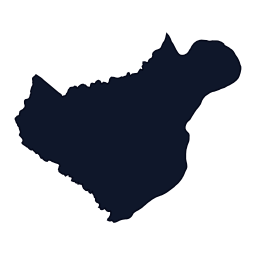 Filadélfia, Tocantins, Brazil
{"feature_id": "56859067B89236787477182", "entity_name": "Filadélfia", "entity_type": "district", "adm_level": 2, "iso_a3": "BRA", "parent_name": "Brazil", "parent_adm1": "Tocantins", "projection": "mercator", "projection_center": [-47.816, -7.505], "detail": "fine", "context": "isolated", "style": "filled", "palette": "ink", "viewbox_px": 256, "rotation_deg": 0, "n_neighbors": 0, "source": "geoboundaries", "source_scale": "gbopen_adm2", "svg_char_len": 5448}
<svg xmlns="http://www.w3.org/2000/svg" viewBox="0 0 256 256"><path d="M22.1,142.9L23.1,144.1L24.4,144.9L25.9,145.9L26.9,146.7L28.1,147.2L28.9,148.2L29.9,149.1L31.2,149.8L32.5,149.2L33.3,150.2L34.4,151.2L35.3,152.1L36.2,153.3L37.8,153.0L38.5,153.9L39.6,154.7L40.0,155.8L40.7,157.2L41.3,158.1L42.4,157.6L43.2,159.1L44.7,160.3L46.1,161.0L47.3,161.1L48.0,160.1L49.3,159.9L51.0,160.4L52.2,161.3L53.5,161.7L55.1,162.4L56.6,162.9L57.7,163.2L58.8,163.5L59.4,164.6L60.2,165.9L59.3,166.8L59.1,168.1L58.6,169.3L59.0,170.3L59.2,171.5L60.1,172.2L61.5,173.2L62.8,174.0L64.3,174.1L64.9,175.0L65.5,175.8L66.7,175.0L68.0,174.6L69.3,174.9L69.4,176.4L70.8,176.6L72.6,177.5L72.2,179.1L71.7,180.6L73.4,181.3L74.9,181.4L75.8,182.6L77.0,183.0L78.3,182.6L78.2,183.9L79.7,183.7L81.1,184.1L82.5,184.2L82.6,185.5L83.0,186.8L83.7,188.3L84.8,189.3L85.8,190.2L87.3,190.4L87.8,189.5L89.0,190.1L88.9,191.5L89.5,192.5L90.6,193.1L91.6,192.5L92.4,191.7L93.0,193.6L93.9,194.8L94.3,196.0L94.6,197.2L95.7,198.1L95.7,199.6L95.7,200.7L96.7,202.0L97.9,202.5L98.9,203.0L99.7,204.0L99.7,205.2L99.6,206.3L98.9,207.2L100.4,207.9L100.7,209.1L101.9,209.5L103.3,209.0L105.0,208.2L106.0,209.6L107.2,210.9L108.6,211.3L110.4,211.1L111.0,212.6L110.8,214.2L110.5,215.5L109.9,216.6L109.3,217.8L108.2,218.7L107.7,220.0L109.3,220.7L110.5,220.7L111.8,220.3L113.0,221.1L113.9,222.1L115.5,221.8L116.7,221.3L117.8,220.8L118.9,220.2L120.2,219.7L121.3,219.3L122.6,219.0L124.0,218.8L125.3,218.6L126.6,218.6L128.0,218.3L129.5,217.6L130.7,216.6L131.5,215.7L132.3,214.3L133.0,213.0L134.0,212.1L135.1,211.3L136.2,210.6L137.8,209.8L138.9,209.1L140.3,208.2L141.8,207.2L143.1,206.0L144.4,204.9L145.3,204.2L146.3,203.2L147.6,202.2L148.4,201.5L149.4,200.9L150.3,200.2L151.3,199.4L152.7,198.5L154.3,197.6L155.5,196.9L156.9,196.3L158.6,195.7L160.0,195.1L161.1,194.8L162.3,194.3L163.8,193.5L165.3,192.7L166.6,191.9L167.9,191.0L169.1,190.1L170.6,189.0L171.8,188.1L172.8,187.3L173.8,186.6L174.7,185.6L175.7,184.7L176.8,183.8L177.7,183.0L178.6,182.0L179.3,181.1L180.0,180.3L180.9,179.1L181.6,178.1L182.1,177.0L182.8,176.0L183.3,174.9L183.9,173.6L184.5,172.0L185.3,170.3L186.0,169.0L186.5,167.6L186.6,166.3L186.5,165.2L186.4,164.0L186.1,162.7L185.8,161.3L185.6,160.2L185.4,159.0L185.4,157.9L185.4,156.5L185.4,155.1L185.4,153.9L185.5,152.6L185.6,151.0L185.8,149.4L186.3,147.7L186.7,146.0L187.1,144.7L187.5,143.7L187.9,142.7L188.4,141.4L188.7,140.0L188.8,138.5L188.8,137.0L188.9,135.5L188.6,134.0L187.6,132.8L186.8,132.0L186.0,131.1L185.2,129.7L184.8,128.3L184.9,126.5L185.3,124.9L185.7,124.0L186.3,122.7L187.4,121.3L188.6,120.3L189.7,119.3L190.6,117.8L191.5,116.2L192.4,114.8L193.5,113.1L194.2,111.9L195.0,110.8L196.0,109.3L196.9,108.3L197.8,107.2L198.6,106.2L199.3,105.1L200.2,103.9L201.6,100.2L202.9,98.1L205.0,95.6L209.9,92.3L212.5,91.2L214.0,91.0L219.1,89.2L220.5,88.4L224.3,87.2L227.2,85.5L229.3,84.6L233.5,82.1L236.2,79.9L237.9,77.9L238.9,75.8L239.3,74.5L239.9,72.7L240.4,70.2L240.6,69.1L240.6,67.9L240.6,66.8L240.2,65.8L239.7,64.6L239.2,62.7L238.8,61.6L237.9,59.6L237.0,57.9L235.1,55.2L234.0,53.1L232.9,51.4L231.5,50.0L230.2,49.2L228.7,48.0L225.9,46.5L224.1,45.5L223.5,44.0L221.4,42.5L217.9,41.2L212.3,41.1L210.9,41.4L209.3,41.5L208.1,41.3L206.7,40.8L201.4,40.4L199.8,40.6L196.9,41.6L194.3,43.5L192.1,46.4L190.9,48.9L190.1,49.8L188.7,52.3L187.2,53.9L184.6,55.3L182.9,55.6L181.0,55.5L180.0,55.2L178.8,54.4L177.6,53.0L175.5,49.6L175.0,48.5L172.8,44.2L171.1,41.7L170.2,39.1L168.5,35.9L166.8,33.9L166.3,36.1L166.1,37.3L165.7,38.6L165.3,39.8L164.9,40.8L164.4,41.7L163.7,42.5L163.1,43.6L162.5,44.9L162.0,46.2L161.6,47.2L160.9,48.3L159.7,49.3L158.0,50.0L156.7,50.4L155.5,50.9L154.6,51.6L153.7,52.4L153.1,53.2L152.8,54.3L153.0,55.4L152.7,56.8L151.9,58.3L150.6,58.9L149.6,59.5L148.9,60.5L148.7,62.0L147.4,62.7L146.2,62.6L145.0,62.0L143.2,62.1L143.1,63.6L143.5,65.0L142.3,66.3L142.8,67.7L143.0,69.1L142.4,70.1L141.5,69.8L140.4,69.4L139.7,70.3L139.0,71.5L138.3,72.7L137.7,73.5L136.5,73.7L135.0,73.8L133.7,74.0L132.4,74.2L131.4,75.1L130.4,75.8L129.5,74.9L129.3,73.7L128.8,72.8L127.6,73.3L127.2,74.8L126.7,75.9L125.7,76.4L124.3,76.7L123.0,77.5L121.5,77.1L120.0,77.9L118.3,78.4L116.8,78.4L115.4,78.1L113.9,77.6L112.5,77.5L111.4,77.4L110.7,78.1L109.9,79.2L109.6,80.5L109.4,81.8L108.9,82.8L107.7,83.9L106.4,83.4L105.0,82.7L103.4,82.5L102.5,83.6L101.1,83.7L100.6,82.6L99.9,81.2L98.3,80.5L97.1,81.1L96.1,82.0L95.4,83.4L94.2,83.9L92.4,83.4L91.4,83.6L90.9,84.7L90.6,86.5L89.8,87.7L88.7,87.4L87.2,87.1L86.1,86.1L85.3,85.2L84.2,85.0L83.1,84.4L81.5,84.7L80.2,85.5L79.4,86.2L78.5,86.9L77.6,88.1L76.4,87.7L76.0,86.6L74.6,86.4L73.5,87.4L71.7,87.5L70.3,87.7L69.4,89.0L68.6,89.9L68.1,91.4L67.6,92.8L66.8,93.6L66.2,95.0L65.4,95.9L63.9,96.1L62.7,96.9L61.5,96.0L60.9,94.7L59.8,93.9L58.4,93.0L51.0,86.8L49.7,85.7L47.4,83.8L43.4,80.5L42.3,79.4L40.7,78.1L36.0,75.0L34.8,76.4L33.7,77.2L32.8,78.2L32.8,79.6L33.1,81.1L32.9,82.5L33.2,83.9L33.0,85.5L32.1,86.9L31.6,88.4L31.2,89.9L30.8,91.3L31.1,92.6L31.1,93.6L30.5,94.8L30.2,96.4L29.7,97.7L28.6,99.1L26.8,99.6L25.4,99.9L24.7,101.0L24.7,102.3L24.8,103.7L25.3,105.0L25.3,106.3L25.0,107.7L24.1,108.4L23.5,109.4L22.4,110.1L21.2,110.7L20.1,111.6L19.9,112.8L19.6,114.1L19.5,115.4L18.5,116.0L17.3,116.3L16.5,117.3L15.4,118.3L15.4,119.4L16.0,120.7L16.3,121.9L16.7,122.8L17.6,123.7L17.8,125.2L18.5,126.2L19.4,127.1L19.5,128.4L19.9,129.8L20.5,131.2L20.6,132.9L19.9,134.0L19.6,135.0L20.4,136.0L21.2,136.8L22.1,137.8L22.8,138.8L23.2,140.0L23.1,141.4L22.1,142.9Z" fill="#0f172a" stroke="#020617" stroke-width="1.5"/></svg>